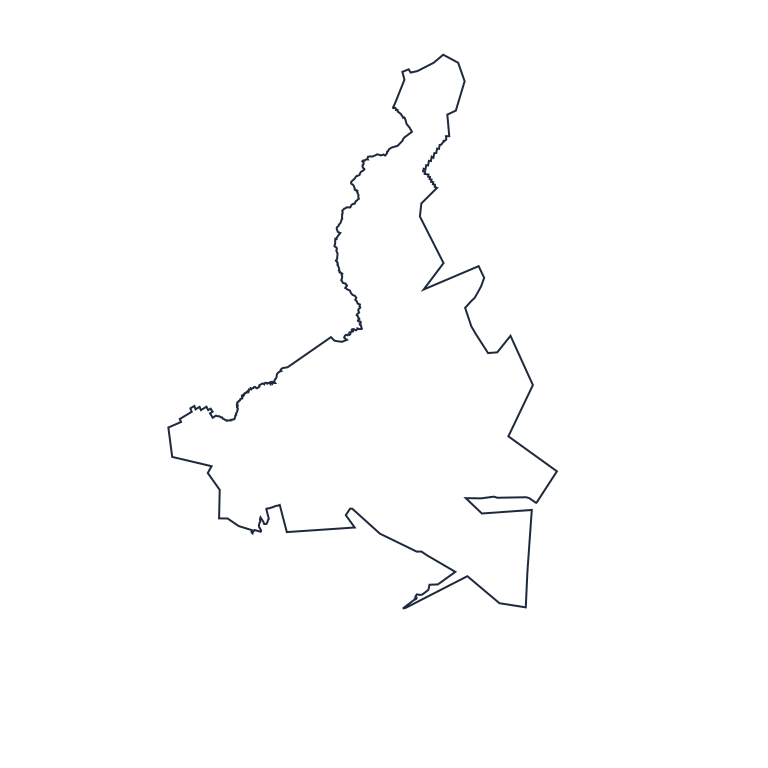 Santa Clara, Durango, Mexico (Mercator projection), rotated 151°
{"feature_id": "50627088B43651685111163", "entity_name": "Santa Clara", "entity_type": "district", "adm_level": 2, "iso_a3": "MEX", "parent_name": "Mexico", "parent_adm1": "Durango", "projection": "mercator", "projection_center": [-103.397, 24.488], "detail": "fine", "context": "isolated", "style": "outline", "palette": "slate", "viewbox_px": 768, "rotation_deg": 151, "n_neighbors": 0, "source": "geoboundaries", "source_scale": "gbopen_adm2", "svg_char_len": 6142}
<svg xmlns="http://www.w3.org/2000/svg" viewBox="0 0 768 768"><g transform="rotate(151 384 384)"><path d="M459.4,180.8L460.7,181.3L460.6,180.5L463.0,180.5L476.4,178.5L473.5,177.7L404.3,175.5L389.3,136.3L368.3,119.9L349.7,150.1L315.8,202.2L361.2,223.3L367.8,244.5L354.5,236.9L342.5,232.2L340.1,229.6L314.5,216.0L312.3,213.7L308.7,206.5L308.2,206.2L275.1,223.8L300.6,277.9L254.3,310.9L250.0,364.8L269.6,356.8L278.0,360.6L279.4,382.2L279.7,392.0L276.1,411.3L267.2,414.3L262.8,415.4L251.9,422.2L244.9,428.3L244.1,441.2L303.5,447.4L273.3,460.9L271.4,513.1L263.8,523.8L243.0,529.7L243.5,530.0L243.0,530.5L244.1,531.8L242.8,533.6L244.4,535.0L243.1,536.7L244.8,538.0L243.3,539.7L244.8,541.0L243.4,542.7L244.9,543.9L243.5,545.6L246.6,548.0L245.2,549.8L246.7,551.0L245.0,553.0L243.8,551.5L241.0,554.9L239.5,553.8L236.5,557.4L234.9,556.2L232.1,559.7L231.1,557.9L228.1,561.5L226.3,560.7L223.4,564.2L221.9,563.0L219.4,566.1L217.8,565.6L215.3,566.8L214.0,567.0L213.9,567.7L212.7,567.3L211.0,567.6L209.7,570.7L206.8,569.1L198.0,588.9L188.6,588.3L166.7,609.7L163.4,629.0L172.6,643.3L184.8,640.9L203.2,641.5L209.7,643.5L209.9,647.3L216.6,648.1L218.6,640.2L238.2,624.2L242.2,621.3L242.2,620.9L241.4,620.5L240.8,620.8L240.1,619.5L240.7,617.9L239.7,617.6L239.2,616.9L239.9,615.6L238.2,611.7L238.4,610.4L238.1,609.9L238.2,607.5L237.1,607.4L236.9,607.0L237.2,604.2L238.2,600.7L237.3,595.5L237.3,591.0L246.2,589.8L248.3,589.1L249.8,587.8L256.7,585.7L262.6,587.1L265.9,586.9L267.6,585.6L268.4,585.8L268.9,585.4L269.3,584.5L272.1,583.2L272.4,583.4L273.1,584.9L275.8,585.4L277.9,587.6L279.1,588.3L280.1,588.1L284.0,588.6L285.6,589.7L287.8,590.5L289.3,589.1L289.3,588.3L290.2,588.9L291.4,589.1L292.4,588.8L293.7,589.6L295.0,589.3L294.8,588.5L294.3,588.0L294.7,587.5L295.1,586.3L296.3,586.0L296.6,585.4L297.2,585.2L297.3,585.0L297.5,583.2L297.4,582.4L296.9,581.9L297.0,581.3L298.3,580.8L301.1,580.8L302.3,580.2L304.2,578.7L306.5,578.9L306.9,579.2L308.0,579.0L310.5,577.7L314.3,576.9L315.3,576.0L315.5,575.0L314.5,573.2L314.4,571.9L314.8,569.2L315.4,568.1L315.1,567.4L314.0,566.8L313.6,566.0L314.5,565.3L314.1,564.5L314.7,563.4L314.7,561.5L315.7,560.4L316.2,558.2L316.9,558.3L318.6,557.6L320.0,557.6L322.3,555.9L323.9,556.6L325.1,556.4L325.9,556.2L327.8,554.8L331.3,556.7L331.9,556.4L332.7,556.4L333.8,556.7L334.8,556.2L336.2,556.0L336.8,555.3L336.8,554.3L337.4,553.5L338.4,552.9L338.3,552.5L339.7,550.6L340.3,548.9L341.1,548.7L341.5,548.0L342.0,547.8L344.0,545.9L346.3,545.2L346.9,544.4L347.6,544.1L348.9,544.0L349.6,543.5L350.2,542.5L350.6,539.5L350.4,538.9L349.0,537.3L354.5,534.9L355.2,533.8L356.2,534.6L359.1,529.8L359.6,529.7L360.4,528.7L360.5,528.3L359.4,526.3L359.8,524.8L361.1,523.8L361.4,520.5L364.4,516.1L366.3,515.2L366.3,514.8L365.6,513.8L365.7,513.3L366.1,512.9L366.1,511.5L367.0,510.8L366.7,510.0L367.0,509.2L367.1,507.7L367.7,505.7L368.5,505.2L368.1,503.7L368.7,503.2L368.4,502.5L367.7,502.1L367.0,500.6L368.2,500.0L368.1,499.0L368.7,497.9L369.7,496.6L371.1,495.5L370.8,494.0L371.0,492.4L368.9,490.5L369.1,489.8L368.6,488.1L370.1,487.2L370.8,487.2L371.3,486.8L370.7,486.1L370.6,485.2L370.1,484.3L368.5,482.4L368.8,479.3L368.3,477.2L366.7,475.2L366.4,472.9L368.2,471.7L368.3,471.1L367.8,470.3L367.8,468.6L368.1,467.2L366.5,465.2L367.8,463.9L367.5,462.9L367.7,462.3L369.9,461.8L370.8,461.0L371.1,458.6L373.6,458.1L374.3,457.7L374.6,457.3L373.9,456.1L374.4,454.2L374.0,453.7L374.0,452.8L374.7,452.5L376.0,452.3L376.1,451.8L375.7,450.8L374.3,450.0L374.3,449.4L375.0,448.9L375.2,448.1L375.6,447.9L376.2,448.1L376.3,447.4L375.9,447.0L375.8,445.7L376.2,445.3L376.5,443.1L377.2,443.0L379.3,444.2L380.3,445.5L380.7,444.9L382.4,444.5L384.1,446.9L385.6,447.3L385.9,447.2L386.0,446.5L385.0,446.4L384.8,445.8L385.5,445.0L389.0,445.8L388.8,444.7L389.3,443.9L390.5,443.7L391.1,444.8L392.3,444.3L393.4,445.4L394.3,445.3L395.6,444.7L396.4,443.7L395.0,440.6L400.4,441.3L405.2,444.9L406.4,446.1L407.7,450.7L460.2,445.4L464.5,446.9L466.0,447.1L467.7,446.4L468.0,445.7L467.7,445.2L469.1,445.4L471.3,445.2L472.9,444.5L474.8,442.0L476.0,441.2L477.3,440.8L478.6,439.5L479.0,438.6L478.8,437.7L479.5,438.1L480.1,439.6L480.5,439.9L480.9,438.8L481.4,438.4L481.6,439.9L482.1,440.7L482.7,440.7L482.8,439.5L483.3,438.9L483.6,440.3L484.2,440.9L484.7,441.1L486.0,440.9L486.4,442.1L487.3,442.6L488.2,442.4L488.9,441.8L489.4,442.9L489.9,443.3L493.5,443.4L494.0,443.0L494.0,442.4L494.3,442.0L495.8,442.0L496.8,441.7L497.6,442.1L498.1,443.9L498.8,444.2L499.2,444.3L500.4,443.7L501.0,444.0L502.1,444.0L502.6,444.8L503.0,444.0L503.4,444.4L504.0,444.2L504.6,444.7L505.0,444.2L506.1,444.0L505.9,443.2L506.4,442.7L506.8,443.8L507.8,443.7L508.3,443.0L508.9,443.3L510.4,443.0L510.6,443.4L511.9,442.8L511.8,442.2L512.8,441.7L513.3,442.8L513.8,442.8L514.2,442.4L514.4,441.3L514.9,440.9L515.0,440.1L517.0,440.5L517.9,439.5L519.3,439.6L520.1,438.8L521.2,439.0L521.5,438.8L522.0,438.2L522.1,437.1L522.7,437.2L522.9,437.0L522.6,435.8L523.4,435.8L524.0,434.7L523.6,433.7L524.1,432.7L525.2,432.0L525.7,431.1L528.0,429.7L528.2,428.7L529.5,428.4L530.0,427.5L531.8,425.8L532.9,426.2L533.3,426.0L535.3,426.9L535.7,426.4L538.6,428.1L539.2,427.9L539.5,428.1L539.6,428.8L540.4,429.7L541.3,431.5L541.9,432.0L541.8,433.3L542.9,434.0L543.7,435.7L544.7,436.1L546.4,437.8L550.1,437.5L550.4,442.7L547.3,442.9L547.6,446.5L550.4,446.4L550.3,450.2L556.8,449.9L556.4,453.4L561.1,453.2L560.5,456.7L565.2,456.6L565.7,452.9L579.6,452.4L579.9,449.2L593.7,450.5L604.6,422.9L574.7,395.7L581.3,391.6L579.0,371.1L593.4,346.4L586.0,342.2L579.9,330.1L570.2,320.0L571.5,319.1L571.8,318.2L571.4,317.1L570.7,317.9L568.0,319.0L563.5,314.6L563.1,314.7L562.5,315.6L562.5,319.7L561.9,321.1L559.8,323.2L558.9,323.6L558.3,325.5L556.8,327.1L556.7,327.2L556.3,321.9L556.7,319.6L554.6,318.6L552.8,319.8L551.3,321.4L550.1,321.9L547.6,331.7L547.1,331.9L546.5,331.5L545.6,331.5L544.5,330.9L541.0,330.3L540.8,330.0L538.6,330.0L536.7,329.5L536.3,329.1L533.8,328.8L540.8,301.6L479.2,272.7L481.0,287.8L474.1,291.4L472.2,290.3L460.1,255.0L436.7,221.6L432.5,219.3L429.1,212.7L412.7,185.1L434.1,182.6L441.5,186.4L445.0,182.4L452.7,181.3L454.8,182.1L457.4,184.1L459.5,182.8L459.1,181.2L459.4,180.8Z" fill="none" stroke="#1e293b" stroke-width="2"/></g></svg>